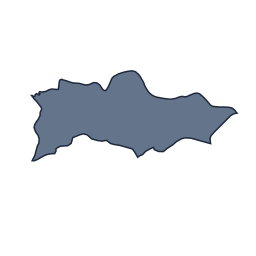 Paekam, Ryanggang, North Korea, rotated 285°
{"feature_id": "82179303B39212929407944", "entity_name": "Paekam", "entity_type": "district", "adm_level": 2, "iso_a3": "PRK", "parent_name": "North Korea", "parent_adm1": "Ryanggang", "projection": "robinson", "projection_center": [128.836, 41.511], "detail": "fine", "context": "isolated", "style": "filled", "palette": "slate", "viewbox_px": 256, "rotation_deg": 285, "n_neighbors": 0, "source": "geoboundaries", "source_scale": "gbopen_adm2", "svg_char_len": 2131}
<svg xmlns="http://www.w3.org/2000/svg" viewBox="0 0 256 256"><g transform="rotate(285 128 128)"><path d="M171.4,208.2L171.3,207.4L170.9,204.4L171.1,202.8L171.6,201.5L175.4,196.1L176.9,193.6L178.9,189.8L179.4,188.5L179.6,186.9L179.5,185.3L178.5,183.0L175.4,178.8L174.2,177.5L173.3,176.1L172.9,174.8L172.5,171.9L171.1,169.3L169.1,166.6L167.2,162.8L166.5,160.1L165.7,154.2L165.4,149.6L165.2,148.4L165.4,145.2L166.1,142.4L167.2,140.0L168.1,138.6L169.1,137.3L173.1,133.2L176.0,131.3L181.0,126.3L183.0,123.5L183.4,122.3L184.1,121.2L184.4,119.8L184.2,116.8L183.0,113.9L182.7,113.1L180.3,108.6L177.5,104.5L174.0,100.8L172.5,100.0L171.1,99.5L163.7,98.5L162.1,98.1L159.4,97.3L158.1,96.3L158.2,95.0L158.6,93.8L162.2,89.6L163.3,87.0L163.4,85.5L163.2,84.1L162.8,82.7L160.6,80.2L159.7,78.8L158.6,76.0L158.5,74.8L158.5,69.5L157.3,63.0L157.3,61.6L157.7,54.7L157.6,53.1L157.9,51.5L157.0,50.0L155.6,49.6L147.4,50.7L146.8,49.3L145.9,44.2L144.5,41.8L142.3,39.4L141.6,38.1L140.5,35.8L140.2,33.2L138.7,32.9L138.2,34.1L136.9,33.6L137.5,30.8L136.2,29.7L134.7,29.9L133.9,28.6L134.6,27.5L134.4,26.5L131.8,29.8L129.8,33.1L127.8,35.8L125.8,38.4L123.9,39.8L120.6,39.1L117.3,39.8L113.4,39.1L110.1,37.8L107.5,37.1L104.2,37.1L100.3,39.8L97.6,43.1L94.3,45.1L90.4,45.8L87.1,45.1L84.5,45.1L81.2,45.1L77.3,45.1L74.7,44.5L71.6,43.9L72.0,45.8L74.0,48.5L76.6,51.1L79.8,54.4L81.7,57.1L83.0,59.8L84.3,63.8L86.9,64.4L89.5,63.8L92.7,67.1L94.0,70.4L95.3,74.4L98.5,77.1L101.1,77.1L104.4,77.1L106.3,79.7L108.9,83.1L110.8,86.4L110.8,90.4L108.1,95.7L108.0,101.7L108.6,106.4L110.5,110.4L108.5,115.1L108.5,119.0L109.1,125.0L109.0,131.7L108.9,137.7L106.2,141.0L102.2,145.0L103.2,145.7L104.2,146.4L106.1,149.0L110.0,151.0L113.3,154.4L115.9,157.7L113.9,159.0L113.2,163.7L114.4,168.3L118.3,171.0L123.5,175.7L127.4,178.3L131.3,182.3L133.3,185.7L134.5,191.6L134.4,198.3L134.3,206.3L134.3,211.9L135.7,211.2L138.4,210.2L139.7,210.0L141.1,210.0L142.4,210.4L146.5,212.4L147.8,213.2L166.3,223.8L168.7,226.0L169.5,227.2L170.6,229.5L171.5,228.1L172.7,226.8L173.8,224.5L174.2,223.2L174.1,219.9L172.9,214.4L172.1,211.7L171.4,208.2Z" fill="#64748b" stroke="#1e293b" stroke-width="1.5"/></g></svg>